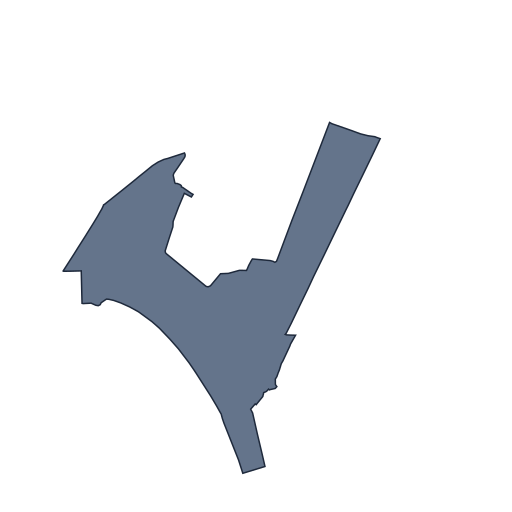 Thanh Khe, Đà Nẵng, Vietnam (Robinson projection), rotated 222°
{"feature_id": "81297802B31644345342604", "entity_name": "Thanh Khe", "entity_type": "district", "adm_level": 2, "iso_a3": "VNM", "parent_name": "Vietnam", "parent_adm1": "Đà Nẵng", "projection": "robinson", "projection_center": [108.193, 16.056], "detail": "fine", "context": "isolated", "style": "filled", "palette": "slate", "viewbox_px": 512, "rotation_deg": 222, "n_neighbors": 0, "source": "geoboundaries", "source_scale": "gbopen_adm2", "svg_char_len": 2473}
<svg xmlns="http://www.w3.org/2000/svg" viewBox="0 0 512 512"><g transform="rotate(222 256 256)"><path d="M242.2,426.3L245.8,424.8L247.5,424.2L253.3,420.3L259.5,417.0L260.5,416.5L268.8,413.2L288.1,405.1L290.7,404.5L283.7,386.4L263.7,334.4L253.1,306.4L238.2,268.5L237.2,265.7L237.8,263.9L239.6,263.5L242.4,262.1L256.7,251.4L256.4,249.5L255.1,244.1L253.9,240.7L253.4,238.9L258.7,234.3L264.9,224.6L270.5,219.1L269.9,203.4L270.9,201.2L271.8,200.5L273.0,200.0L293.0,199.1L324.3,197.7L325.5,197.9L326.9,199.0L332.6,211.5L337.2,221.9L338.5,223.6L340.6,226.1L341.0,227.0L346.3,240.5L346.7,241.7L351.2,254.6L343.5,256.6L344.0,259.7L346.0,259.2L356.3,257.9L357.7,257.4L358.0,257.8L358.3,258.1L358.8,258.3L359.3,258.3L359.7,258.2L360.3,258.2L363.2,257.1L364.4,256.0L365.3,256.1L370.3,259.7L371.4,260.5L371.9,261.3L372.0,261.6L372.4,262.6L372.7,264.8L373.1,267.9L374.7,279.4L374.9,280.5L375.1,281.7L375.5,282.7L376.2,283.6L376.8,284.1L378.1,284.7L386.9,269.4L389.1,266.1L391.6,260.3L393.4,253.8L394.9,244.0L396.0,237.4L397.4,228.0L398.0,224.3L399.8,213.2L403.2,192.7L403.5,192.0L403.1,191.2L402.0,187.6L401.3,184.1L400.3,179.6L398.9,172.2L398.3,168.9L396.5,158.6L396.4,158.2L393.9,143.3L392.6,136.0L389.3,115.8L388.8,115.9L383.8,120.5L375.9,128.0L353.6,104.4L352.6,105.0L347.0,110.6L342.1,112.2L340.0,113.5L339.2,115.6L339.8,117.6L339.1,120.6L338.3,123.9L336.3,125.4L333.6,126.9L332.2,127.7L325.2,130.6L315.8,133.6L306.0,135.9L289.4,137.6L279.6,137.7L264.5,136.6L251.6,135.1L234.5,131.9L226.6,130.0L221.2,128.6L196.1,121.7L184.6,118.1L178.2,115.9L176.2,115.3L172.2,112.7L167.9,110.3L158.4,105.6L132.6,92.8L120.4,85.7L108.5,105.6L119.2,113.1L135.7,124.5L153.5,137.1L157.5,138.6L157.6,145.5L156.4,145.6L156.9,155.8L156.9,156.1L157.1,156.4L157.3,156.8L157.6,157.3L157.9,158.0L158.2,158.6L158.5,158.9L158.7,159.2L158.9,159.6L158.8,159.9L158.7,160.1L158.5,160.4L158.2,161.0L158.0,161.4L157.8,162.0L157.6,162.8L157.6,165.3L157.6,165.5L156.5,165.4L156.0,166.3L153.1,170.4L153.1,172.9L155.0,173.3L155.7,173.6L159.3,177.5L159.5,178.8L159.7,179.9L160.0,180.9L160.5,182.0L160.8,182.8L161.3,183.9L161.7,185.1L162.2,186.5L162.7,187.7L163.2,188.7L163.6,189.5L163.7,189.9L164.0,190.4L165.2,193.0L165.8,196.0L170.6,211.7L171.4,213.6L173.6,223.6L177.1,220.6L180.4,217.9L181.8,217.3L181.9,218.9L184.8,229.7L190.6,249.4L195.7,267.1L199.5,279.4L206.1,302.5L212.5,324.4L220.1,350.6L221.4,355.3L225.2,367.9L230.8,387.4L237.0,408.8L242.2,426.3Z" fill="#64748b" stroke="#1e293b" stroke-width="1.5"/></g></svg>